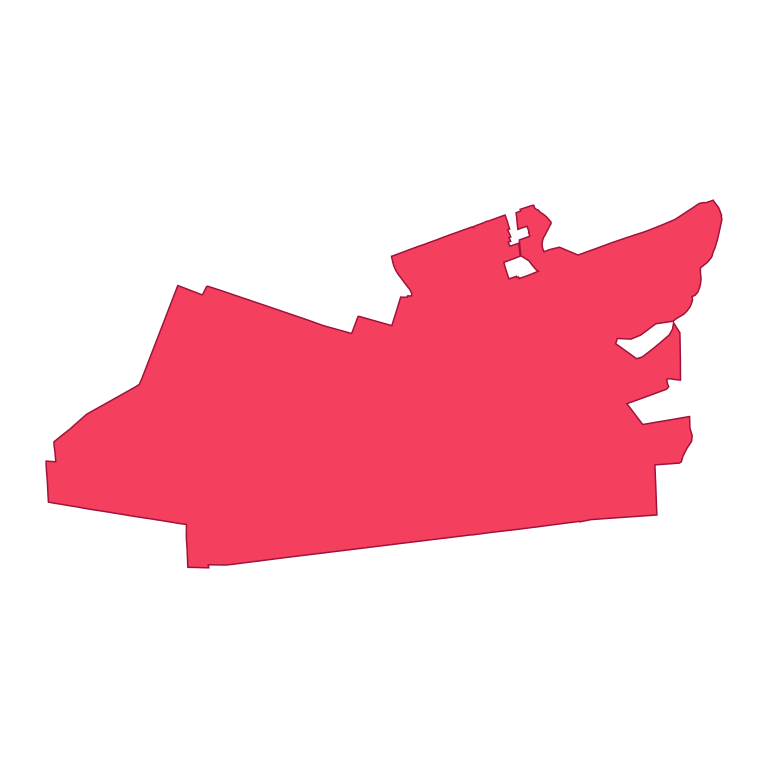 outline of Scarisoara, Olt, Romania
{"feature_id": "2599482B52878080554645", "entity_name": "Scarisoara", "entity_type": "district", "adm_level": 2, "iso_a3": "ROU", "parent_name": "Romania", "parent_adm1": "Olt", "projection": "equal_earth", "projection_center": [24.562, 43.983], "detail": "fine", "context": "isolated", "style": "filled", "palette": "rose", "viewbox_px": 768, "rotation_deg": 0, "n_neighbors": 0, "source": "geoboundaries", "source_scale": "gbopen_adm2", "svg_char_len": 5513}
<svg xmlns="http://www.w3.org/2000/svg" viewBox="0 0 768 768"><path d="M656.9,515.0L656.6,508.3L655.7,484.3L654.9,464.9L679.3,463.1L681.3,461.9L682.9,456.3L687.0,448.2L691.6,441.3L692.2,435.7L689.9,428.0L689.6,416.5L642.7,424.5L626.9,403.7L660.9,391.3L666.4,389.3L668.7,386.8L667.4,383.4L666.8,379.5L667.9,378.8L670.8,378.9L674.8,379.5L675.7,379.6L676.5,379.7L680.5,380.1L680.5,379.9L680.5,377.8L680.4,359.6L680.3,355.2L679.9,332.8L673.6,322.8L672.5,329.2L669.2,335.0L661.6,341.5L658.9,343.8L652.6,349.0L642.2,357.0L636.6,358.7L615.7,343.7L617.3,338.5L631.0,339.1L640.8,335.0L655.8,323.8L673.2,321.2L676.1,318.8L679.7,316.6L683.9,314.1L686.9,311.1L689.9,307.1L691.5,303.5L692.5,300.2L692.1,296.6L695.3,295.1L697.8,292.1L699.8,287.0L700.5,283.7L701.1,278.6L700.5,273.2L700.4,267.9L707.3,262.4L710.6,258.5L712.0,256.3L713.0,252.4L714.5,249.1L715.5,246.1L717.5,239.6L718.9,233.3L721.9,219.5L721.3,216.7L721.6,215.6L720.3,211.9L718.5,207.4L717.1,205.7L714.5,202.2L713.8,201.4L713.3,200.2L709.2,201.6L705.7,202.8L704.4,202.5L702.0,202.9L699.3,203.4L692.0,208.3L674.9,219.5L661.7,225.1L648.3,230.4L640.1,233.3L639.5,233.4L637.7,234.0L633.1,235.5L629.8,236.6L627.0,237.5L624.2,238.5L619.1,240.2L614.2,241.9L610.0,243.3L608.6,243.9L605.4,245.1L600.6,246.8L596.4,248.4L593.8,249.3L589.6,250.8L585.7,252.2L582.1,253.6L578.0,255.0L576.3,254.3L572.6,252.7L568.7,251.1L565.5,249.8L563.0,248.7L561.1,247.9L559.6,247.2L558.8,247.4L555.7,248.1L552.8,248.8L549.2,249.7L546.7,250.7L544.3,251.7L543.9,251.8L543.7,251.2L543.6,250.3L543.2,249.6L542.8,249.0L542.6,248.2L542.4,247.2L542.3,246.2L542.1,245.0L542.1,243.8L542.2,242.7L542.4,241.8L542.5,241.1L542.7,240.1L543.0,239.0L543.4,237.9L543.9,237.0L544.6,235.8L545.2,234.9L545.4,234.5L545.8,233.5L546.3,232.6L546.9,231.4L547.8,229.8L548.3,228.8L548.8,227.7L549.3,226.5L549.7,225.9L550.3,225.0L550.6,224.4L551.0,223.7L551.1,223.1L551.0,222.5L550.9,222.0L550.8,221.7L550.4,221.3L549.7,220.5L549.2,220.0L548.6,219.2L548.1,218.6L547.7,218.1L546.9,217.3L546.2,216.6L545.3,215.9L544.7,215.3L543.9,214.7L543.5,214.4L542.7,213.8L541.8,213.3L541.2,212.9L540.7,212.5L540.4,212.3L540.1,212.1L539.3,211.1L539.0,210.8L538.5,210.3L538.1,210.0L537.5,209.8L536.3,209.4L535.8,208.9L534.9,208.2L534.5,207.6L534.4,207.0L534.0,205.9L533.8,205.5L533.5,205.2L533.1,205.2L531.8,205.6L530.7,205.9L529.7,206.2L528.7,206.5L527.7,206.9L526.7,207.2L526.1,207.4L524.9,207.8L523.9,208.1L522.5,208.6L521.3,209.0L520.1,209.4L520.7,211.1L516.1,212.7L516.2,213.9L516.7,217.6L517.0,221.1L517.2,223.2L517.9,229.4L519.3,228.9L521.2,228.2L523.2,227.5L525.3,226.8L527.0,226.2L527.6,228.1L528.2,229.4L529.1,232.1L528.6,232.3L529.0,233.5L529.4,235.0L529.9,236.1L527.7,237.0L525.3,237.8L519.3,240.0L520.8,255.7L529.0,260.9L529.6,261.7L531.9,264.8L534.2,267.5L536.4,270.0L538.4,271.2L529.9,274.7L523.1,277.2L522.5,277.3L519.2,278.6L518.6,277.0L516.8,277.5L516.4,276.3L508.9,278.9L506.7,272.1L505.3,267.6L503.8,262.4L518.1,257.0L520.2,256.2L519.8,252.4L518.6,243.2L510.0,246.2L508.2,242.2L510.7,241.3L509.0,237.6L510.8,236.9L509.9,234.9L509.4,233.7L507.6,229.7L509.7,229.0L508.8,226.5L508.5,225.8L508.0,223.9L507.5,222.0L506.7,219.6L506.4,218.8L505.6,216.4L505.0,215.0L501.2,216.4L498.7,217.3L496.0,218.3L493.5,219.2L491.8,219.8L488.0,221.2L486.8,221.2L484.3,222.4L482.7,223.1L481.1,223.7L479.2,224.4L476.7,225.3L474.2,226.4L473.0,226.8L473.3,227.5L472.6,227.2L472.2,227.1L471.8,227.0L471.2,227.2L469.3,227.9L467.3,228.6L465.4,229.3L463.3,230.0L461.5,230.7L460.1,231.2L457.9,232.0L455.4,232.9L452.6,233.9L449.7,234.9L447.3,235.8L444.8,236.7L441.9,237.8L438.8,239.0L436.2,240.0L433.4,241.0L430.3,242.1L427.8,243.0L424.5,244.3L421.8,245.2L419.8,245.9L416.6,247.0L413.1,248.3L409.3,249.7L404.6,251.5L400.3,253.1L396.7,254.4L393.6,255.6L391.5,256.3L391.8,258.0L392.5,260.7L392.8,262.4L393.2,263.7L393.6,265.3L394.2,266.8L395.1,268.7L395.2,269.2L396.4,271.4L396.8,272.0L397.3,272.9L397.9,273.9L398.7,275.0L400.3,277.0L402.6,280.2L404.0,282.1L408.5,287.9L410.2,290.0L410.6,291.4L411.2,292.3L411.6,293.5L411.7,295.1L411.6,295.8L411.0,295.9L410.4,296.0L408.5,295.8L407.6,295.9L407.4,296.1L407.4,297.2L406.6,297.2L403.4,297.2L400.7,297.1L395.9,312.7L391.8,325.6L358.8,316.3L358.0,316.6L351.8,333.1L351.2,333.4L323.6,325.7L307.4,319.9L276.9,309.5L225.0,291.9L220.3,290.3L207.6,286.2L206.6,286.6L202.8,294.2L202.3,294.7L201.7,294.7L187.2,289.1L177.8,285.5L173.8,295.9L141.9,378.5L139.2,384.5L134.9,387.2L129.7,390.1L86.8,414.1L79.1,420.9L73.8,425.6L70.0,429.0L64.9,433.0L60.0,436.9L55.4,440.6L53.9,441.9L54.1,446.0L54.3,447.2L55.1,453.2L55.3,456.5L55.4,457.5L55.8,461.8L46.1,461.1L46.2,466.0L46.6,472.6L47.0,477.3L47.5,483.7L47.5,484.4L47.8,490.7L48.4,502.1L54.9,503.3L59.5,504.0L66.2,505.2L72.7,506.2L76.8,506.9L78.6,507.2L84.9,508.4L91.0,509.4L95.5,510.1L102.0,511.1L107.5,512.0L109.8,512.3L113.5,513.0L120.1,514.0L131.9,516.0L133.7,516.3L134.5,516.4L144.9,518.0L153.7,519.3L155.3,519.6L161.2,520.5L173.5,522.5L174.3,522.7L175.2,522.8L176.9,523.1L179.9,523.6L184.3,524.2L185.7,524.3L186.1,524.4L186.5,524.5L186.4,526.1L186.4,529.3L186.3,533.3L186.4,537.7L186.4,539.3L186.5,540.2L186.9,546.1L187.1,548.7L187.2,552.4L187.4,556.2L187.5,558.8L187.5,560.0L187.6,560.7L187.6,562.2L187.7,564.3L187.9,567.3L192.3,567.4L203.6,567.7L208.8,567.8L208.7,567.1L208.2,564.8L226.0,565.0L233.6,564.2L236.5,563.8L290.0,557.0L371.0,547.1L395.4,544.1L470.8,534.9L471.6,535.0L493.0,532.2L519.7,529.1L552.9,524.8L579.4,521.4L579.7,521.9L591.1,519.6L598.3,519.1L607.8,518.4L655.2,515.1L656.9,515.0Z" fill="#f43f5e" stroke="#9f1239" stroke-width="1.5"/></svg>